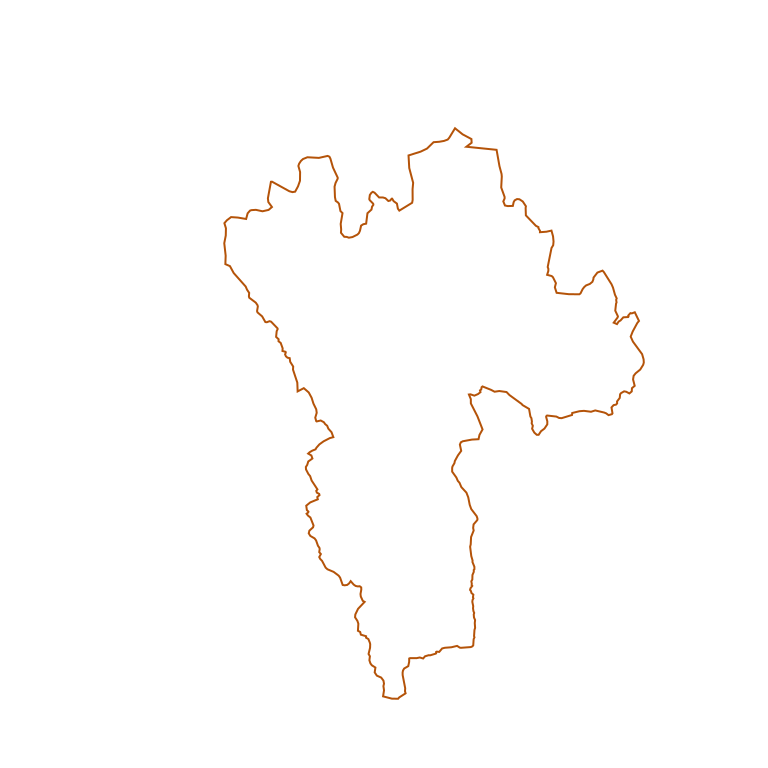 the district of Ba Thuoc, Thanh Hóa, Vietnam, rotated 215°
{"feature_id": "81297802B10763760406842", "entity_name": "Ba Thuoc", "entity_type": "district", "adm_level": 2, "iso_a3": "VNM", "parent_name": "Vietnam", "parent_adm1": "Thanh Hóa", "projection": "albers", "projection_center": [105.214, 20.379], "detail": "fine", "context": "isolated", "style": "outline", "palette": "amber", "viewbox_px": 768, "rotation_deg": 215, "n_neighbors": 0, "source": "geoboundaries", "source_scale": "gbopen_adm2", "svg_char_len": 6166}
<svg xmlns="http://www.w3.org/2000/svg" viewBox="0 0 768 768"><g transform="rotate(215 384 384)"><path d="M222.6,141.0L217.9,141.9L214.3,140.7L212.1,138.5L211.2,136.2L208.3,133.1L205.6,127.6L197.0,130.8L191.9,134.3L191.8,135.9L188.9,143.0L190.6,144.4L192.1,146.9L201.8,156.3L203.3,158.4L204.1,160.2L204.3,162.5L202.3,166.8L204.0,170.8L205.9,173.6L205.4,174.4L200.2,178.0L197.8,180.5L194.5,181.6L194.2,184.5L191.8,187.5L190.6,188.2L187.2,192.5L186.8,193.2L187.6,194.3L187.3,195.0L185.1,196.2L184.7,200.7L182.9,202.8L177.8,207.0L173.9,211.4L170.8,211.5L169.7,212.0L162.0,218.3L161.1,219.8L161.0,221.1L164.2,226.4L164.6,228.4L165.6,229.1L168.8,234.4L169.5,236.5L172.5,240.2L174.0,242.9L176.4,244.4L178.3,246.7L178.8,248.2L180.4,249.2L182.4,251.3L183.5,253.2L186.7,256.2L187.6,257.9L187.8,259.7L188.8,260.3L190.0,262.7L192.6,263.0L193.9,264.2L195.4,264.7L196.0,266.3L195.9,269.2L196.8,269.4L197.4,270.6L199.3,272.5L199.5,274.5L202.0,278.3L202.7,281.6L203.8,283.1L203.7,284.1L205.1,286.1L209.4,288.9L210.2,290.2L213.8,293.1L220.1,300.1L221.0,302.4L224.9,308.6L226.5,315.4L228.4,317.2L230.1,320.4L229.6,325.2L229.6,326.4L230.4,327.5L232.3,328.9L240.8,331.6L244.5,334.2L250.0,339.5L254.2,342.3L261.5,343.9L265.5,346.4L268.0,347.0L271.1,348.9L277.9,351.3L280.0,354.3L280.6,355.7L280.9,359.5L281.8,361.6L282.5,368.0L282.4,373.5L287.1,377.9L287.6,380.3L286.6,382.3L280.1,388.9L274.9,393.0L276.6,397.1L277.2,403.3L288.9,411.1L301.7,417.9L304.2,421.4L308.4,424.1L307.3,425.1L303.3,426.3L301.2,429.7L300.3,432.7L301.7,433.8L301.2,435.2L302.2,437.4L301.9,438.5L293.0,440.6L289.0,441.1L285.5,444.4L279.0,447.7L274.9,446.9L259.9,446.6L258.4,446.2L250.9,446.8L245.4,441.3L243.7,440.6L241.3,438.1L240.5,436.5L238.1,435.1L237.0,432.3L233.0,430.4L229.7,430.0L228.2,431.1L228.3,435.4L227.0,439.5L227.1,444.6L228.8,447.1L232.4,450.1L232.6,451.3L232.2,451.8L224.1,456.2L221.1,456.6L218.9,457.9L212.2,466.5L213.2,468.2L208.3,473.8L204.8,476.7L198.5,480.0L195.8,483.5L187.3,486.9L185.2,487.4L182.2,487.3L180.0,490.0L180.0,491.0L184.2,495.3L183.8,498.4L182.1,500.2L181.9,501.8L183.1,503.4L182.9,507.8L184.7,511.0L184.6,512.5L183.1,515.7L181.1,516.6L177.6,517.0L176.8,520.0L178.5,522.8L177.6,526.3L182.6,530.6L184.2,533.9L184.0,537.1L182.4,542.8L182.7,548.4L183.5,550.6L185.5,553.1L189.7,556.5L204.4,561.5L209.1,564.3L210.4,569.7L211.5,579.2L211.3,581.9L219.7,586.6L221.5,584.0L222.8,583.4L223.2,580.2L222.4,579.5L222.4,578.9L226.2,575.9L226.7,571.7L227.6,569.7L227.5,566.7L231.0,566.0L230.8,572.5L231.2,573.6L236.6,576.7L240.0,582.9L240.3,584.2L242.1,586.1L242.5,587.6L246.0,589.6L251.7,594.3L254.8,596.2L268.1,601.8L270.0,602.2L273.1,597.7L273.4,591.4L272.5,589.7L271.9,587.2L272.8,584.0L275.0,580.7L275.6,578.2L275.7,575.6L275.0,571.0L275.4,569.6L283.9,563.7L294.9,557.7L299.5,561.2L301.0,565.2L306.9,568.4L308.6,568.6L313.0,567.0L314.2,570.8L315.4,572.6L317.0,573.7L324.8,591.5L325.0,594.7L326.8,597.9L330.2,601.9L334.8,605.7L338.3,601.9L343.3,597.8L344.0,598.9L346.8,600.2L347.5,601.1L350.3,600.7L364.5,603.5L369.0,609.5L369.7,611.0L375.0,613.1L379.0,613.0L381.1,611.8L382.3,609.4L382.1,607.3L380.6,603.8L384.7,600.7L387.3,599.6L391.0,602.0L391.6,605.1L392.5,606.4L400.7,612.2L406.5,621.5L408.2,623.5L414.4,628.7L426.1,640.4L452.6,625.6L450.6,631.9L452.9,634.8L462.8,633.6L472.5,634.2L471.8,623.3L472.0,620.8L474.3,617.5L477.7,614.1L482.1,610.5L483.8,601.5L487.3,595.3L495.0,585.3L487.2,575.4L475.5,565.5L472.3,559.9L466.1,551.2L464.9,548.6L470.9,534.8L473.2,535.6L476.9,539.2L481.0,539.3L483.6,540.5L484.0,540.2L484.2,537.8L485.4,536.4L489.4,537.0L491.8,536.2L495.0,534.0L501.5,535.3L503.4,535.0L504.0,533.4L504.0,530.7L502.1,527.0L501.1,526.4L496.3,525.5L495.5,524.7L495.5,522.4L494.3,519.7L495.5,514.4L490.6,505.1L492.6,503.0L493.6,500.6L491.6,495.8L491.1,493.2L491.5,491.1L494.1,486.3L496.7,483.7L498.9,483.1L501.0,481.8L506.0,483.2L507.7,486.0L511.3,490.3L516.0,500.2L518.9,500.7L524.2,505.8L525.8,506.3L528.6,506.3L531.4,509.0L537.7,517.3L539.0,520.9L539.7,525.6L540.3,526.5L549.9,532.0L557.2,537.9L559.1,538.9L561.0,538.5L567.0,531.9L576.8,525.8L579.4,521.8L580.0,519.0L579.9,515.8L579.2,513.5L574.3,509.5L569.4,502.3L567.8,496.6L567.1,490.6L569.0,488.7L572.1,487.6L591.8,485.5L592.6,484.8L585.6,469.5L583.1,466.7L577.3,464.7L578.4,460.4L582.6,455.8L588.8,453.2L592.3,450.4L593.2,449.2L593.6,445.6L591.6,440.1L599.2,436.5L605.0,433.0L606.6,428.0L607.0,424.2L602.8,420.9L598.8,414.9L595.6,407.7L587.3,398.3L582.7,391.2L577.8,392.2L570.8,388.7L553.2,384.5L550.3,382.7L546.7,381.3L545.0,378.4L543.9,377.4L535.7,377.1L532.8,376.0L531.8,375.1L529.8,370.9L528.7,370.1L522.6,369.5L516.7,366.7L515.4,367.4L513.8,369.8L512.2,370.3L503.1,368.5L502.6,368.0L502.2,365.7L499.4,360.7L496.0,360.2L494.9,358.5L492.2,358.4L487.5,355.1L486.1,352.8L483.1,353.9L482.5,353.4L482.0,351.5L480.2,350.4L478.1,350.2L476.1,351.1L473.6,348.4L468.4,346.2L466.8,343.6L455.8,335.4L450.5,328.4L447.3,334.6L440.8,333.9L435.4,331.2L430.6,327.5L425.0,324.4L422.6,321.8L421.0,317.0L418.2,314.7L417.7,314.7L414.9,317.8L411.3,318.2L409.2,317.4L406.6,317.2L404.0,315.5L399.3,314.4L395.0,311.4L397.3,308.7L400.6,302.4L402.3,297.5L402.8,293.1L402.6,291.2L404.5,288.3L405.8,285.4L406.2,283.5L402.5,283.8L399.9,281.9L401.6,277.1L400.5,273.7L400.4,271.2L398.9,269.3L394.3,266.9L391.7,266.2L387.9,263.4L378.1,259.5L378.2,257.6L376.7,256.5L374.1,256.8L373.1,256.0L373.8,253.1L372.1,251.6L376.5,244.7L377.9,239.7L374.9,236.5L372.7,236.1L372.4,235.3L373.0,233.3L370.8,232.6L367.7,232.4L360.6,227.7L359.9,225.9L361.0,221.1L360.0,218.5L357.2,217.3L352.3,217.7L349.9,216.9L345.3,213.6L343.0,212.8L342.0,211.9L340.6,209.1L338.2,208.5L337.8,205.1L335.9,204.1L333.3,203.6L326.5,200.1L324.0,199.8L317.5,201.2L311.2,201.0L308.9,200.2L302.6,195.7L300.8,196.5L298.9,198.3L298.2,200.7L298.2,203.4L293.8,202.3L291.4,202.3L289.3,203.2L287.9,204.4L286.0,204.3L284.7,202.6L282.8,198.5L281.1,196.6L277.0,194.2L274.9,194.4L276.3,185.0L275.3,178.8L273.9,176.3L269.9,174.7L267.5,172.9L263.8,166.9L261.3,167.2L259.2,165.4L254.0,167.1L253.2,165.9L250.5,166.1L247.4,164.1L246.1,163.0L244.1,159.9L241.8,154.0L239.4,152.9L237.5,149.3L234.8,147.3L232.6,146.6L228.4,146.8L226.2,142.4L222.6,141.0Z" fill="none" stroke="#b45309" stroke-width="2"/></g></svg>